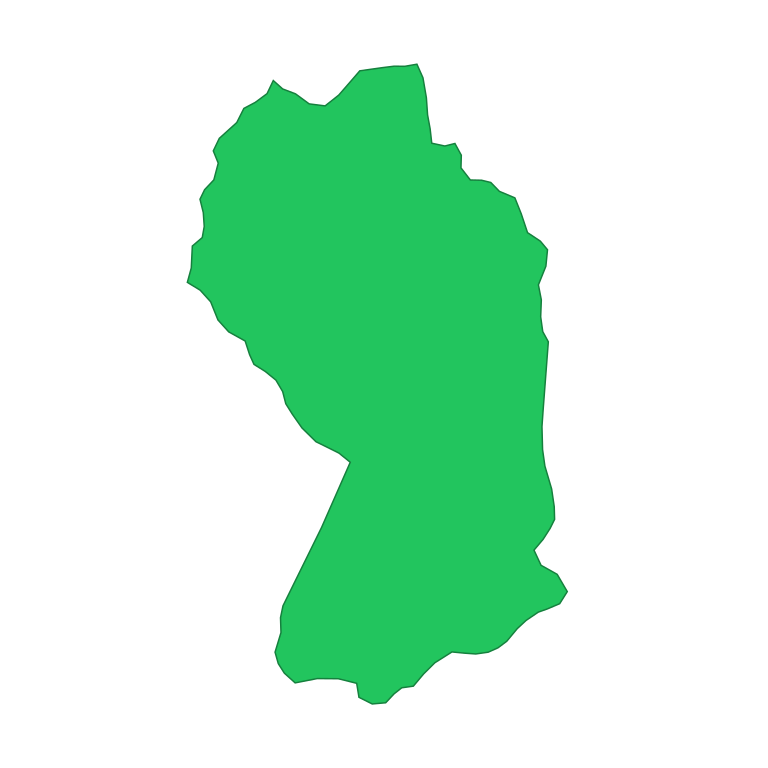 outline of Jaci, São Paulo, Brazil, rotated 172°
{"feature_id": "56859067B21928825243135", "entity_name": "Jaci", "entity_type": "district", "adm_level": 2, "iso_a3": "BRA", "parent_name": "Brazil", "parent_adm1": "São Paulo", "projection": "natural_earth1", "projection_center": [-49.579, -20.942], "detail": "fine", "context": "isolated", "style": "filled", "palette": "green", "viewbox_px": 768, "rotation_deg": 172, "n_neighbors": 0, "source": "geoboundaries", "source_scale": "gbopen_adm2", "svg_char_len": 1518}
<svg xmlns="http://www.w3.org/2000/svg" viewBox="0 0 768 768"><g transform="rotate(172 384 384)"><path d="M564.6,512.0L553.0,502.5L544.2,489.5L539.5,470.5L530.5,457.2L515.5,445.9L513.0,431.7L510.0,421.5L500.0,413.1L490.5,402.9L485.4,390.6L484.0,378.1L478.9,366.7L471.3,351.8L459.4,336.3L449.8,329.8L438.3,321.9L428.3,311.2L465.8,250.6L514.9,178.4L519.0,167.0L520.6,152.2L529.2,133.6L527.6,121.8L522.9,111.5L513.6,100.4L491.1,101.6L470.3,98.5L452.7,91.4L452.4,77.2L440.2,68.8L426.7,68.1L417.1,75.8L408.7,80.7L397.0,80.7L385.1,91.4L372.4,100.9L354.0,109.2L341.5,106.2L330.7,103.9L318.2,103.9L307.8,106.9L298.2,112.2L286.1,123.2L276.2,130.1L263.0,136.6L253.7,138.5L240.6,142.0L231.4,152.9L239.0,171.4L253.7,182.6L258.6,198.6L248.0,208.1L239.6,217.9L233.9,226.2L232.5,238.8L232.6,256.7L236.1,280.3L236.1,297.0L233.5,319.8L230.0,336.3L215.4,402.9L219.5,413.8L219.5,428.7L216.5,445.4L217.3,460.7L207.3,478.1L203.4,494.2L209.3,503.7L220.8,513.9L224.4,533.4L228.5,550.1L242.9,558.7L250.2,568.7L259.0,572.2L270.1,574.0L277.7,587.3L275.6,599.8L280.3,612.3L290.6,611.2L303.2,615.8L302.8,630.2L303.4,644.4L302.2,661.6L302.8,681.8L306.9,696.1L319.2,695.7L329.7,697.3L341.5,697.5L364.4,697.5L372.6,690.3L388.6,676.4L403.6,667.6L419.1,671.8L431.2,683.6L443.3,690.3L451.4,699.9L459.4,687.8L472.3,680.8L484.4,676.4L493.4,663.4L512.9,650.2L520.6,638.6L517.4,625.8L524.1,609.8L534.6,601.4L540.5,592.6L539.1,578.9L540.1,565.0L543.6,554.3L554.6,547.3L558.7,525.7L564.6,512.0Z" fill="#22c55e" stroke="#15803d" stroke-width="1.5"/></g></svg>